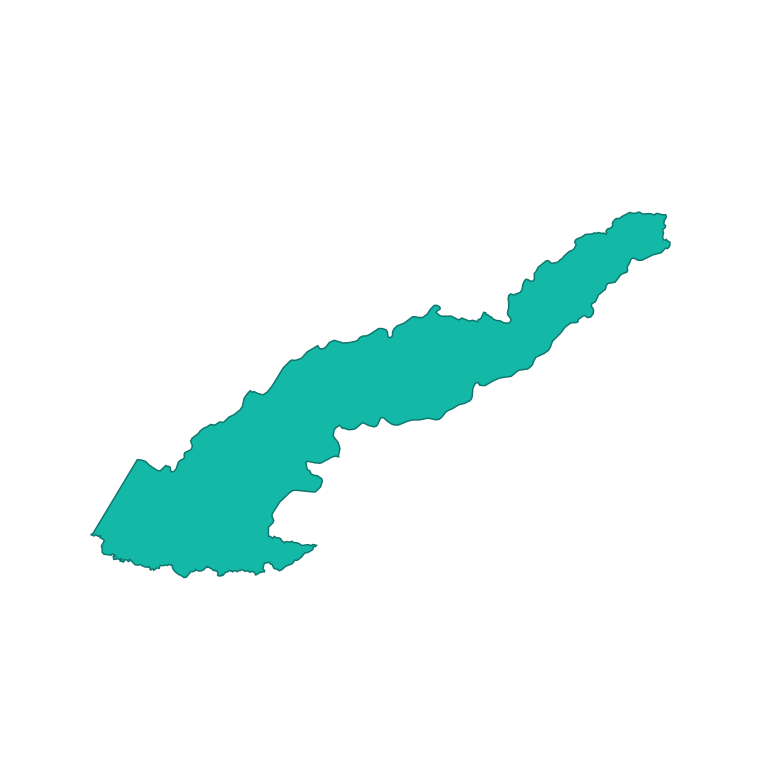 outline of São Paulo de Olivença, Amazonas, Brazil, rotated 212°
{"feature_id": "56859067B25364634126216", "entity_name": "São Paulo de Olivença", "entity_type": "district", "adm_level": 2, "iso_a3": "BRA", "parent_name": "Brazil", "parent_adm1": "Amazonas", "projection": "orthographic", "projection_center": [-69.469, -4.737], "detail": "fine", "context": "isolated", "style": "filled", "palette": "teal", "viewbox_px": 768, "rotation_deg": 212, "n_neighbors": 0, "source": "geoboundaries", "source_scale": "gbopen_adm2", "svg_char_len": 6142}
<svg xmlns="http://www.w3.org/2000/svg" viewBox="0 0 768 768"><g transform="rotate(212 384 384)"><path d="M551.6,102.8L552.6,101.4L552.4,100.9L549.2,101.6L548.8,103.4L545.5,103.4L543.9,105.0L543.4,103.2L540.7,103.5L538.1,103.0L537.8,96.9L535.1,94.2L534.0,92.1L532.1,91.4L531.4,91.2L524.8,94.2L524.7,95.5L523.5,96.1L520.8,95.9L522.3,95.0L522.3,94.3L520.5,92.2L519.7,92.3L518.2,93.6L518.0,94.6L515.8,94.9L513.9,96.8L513.4,96.4L514.4,94.6L514.0,94.0L512.8,94.4L512.8,94.9L510.8,94.7L510.4,96.2L511.1,97.3L508.9,98.5L506.9,98.0L506.2,98.5L507.1,100.2L506.5,100.6L499.4,98.8L496.4,100.1L495.7,101.5L490.1,102.1L487.1,103.5L486.2,104.6L485.0,104.0L484.1,102.7L483.0,102.9L482.3,104.6L481.6,104.9L480.5,104.0L479.0,107.8L477.0,108.5L477.6,111.1L477.2,112.0L475.3,112.6L473.5,114.6L471.5,115.3L470.6,117.2L468.2,117.5L467.9,118.1L465.0,115.3L461.5,114.1L457.2,113.6L455.4,114.1L451.1,113.9L449.3,115.4L448.3,122.6L446.5,123.7L445.1,125.8L444.9,126.4L445.4,126.9L442.0,127.2L439.7,128.9L438.3,131.4L437.6,135.1L436.8,134.8L435.1,136.0L433.8,135.6L432.0,136.1L430.3,135.4L428.9,135.9L428.7,136.6L427.7,136.3L426.8,137.0L424.0,135.2L423.9,133.8L422.2,133.7L421.4,134.2L420.3,136.2L419.8,135.6L419.2,136.4L418.6,140.4L417.0,141.8L416.2,144.4L415.0,144.0L414.5,144.6L412.9,144.5L411.8,146.7L409.1,147.0L408.5,148.8L407.1,149.4L406.7,150.7L405.1,151.5L402.6,151.5L401.1,153.2L397.9,153.3L396.9,154.9L395.6,155.5L394.0,155.4L391.5,154.1L389.9,157.1L389.8,158.5L388.5,158.9L387.3,160.6L385.9,161.2L386.3,162.4L388.9,163.3L390.5,168.5L386.9,171.9L384.7,171.1L383.4,171.7L379.8,169.4L378.2,169.5L376.4,170.5L374.1,170.0L372.5,171.8L370.6,177.7L366.9,182.5L366.3,184.7L366.6,187.2L364.2,188.5L363.4,190.2L362.3,193.4L361.7,198.6L359.3,200.7L357.2,204.7L356.6,206.2L357.4,207.6L357.4,209.0L356.1,209.6L355.8,211.4L359.3,210.2L360.2,208.3L363.2,207.6L368.1,203.5L371.4,203.7L374.5,202.9L375.9,201.9L379.0,201.7L379.9,200.1L382.7,199.0L384.0,197.9L384.3,196.4L388.1,197.1L389.5,198.0L391.0,198.0L394.1,196.6L396.5,196.5L396.6,194.1L399.7,194.5L401.3,193.6L406.1,201.3L404.7,207.3L405.1,209.7L409.2,212.8L410.0,214.9L409.9,228.6L406.5,241.8L405.4,244.3L404.4,245.8L402.5,247.2L386.3,255.2L384.9,256.4L383.3,262.9L384.6,268.5L385.6,269.9L387.0,270.7L392.3,270.8L394.6,269.6L398.1,269.1L400.9,271.0L403.5,270.8L406.2,273.1L407.4,275.0L408.6,275.5L408.4,277.1L407.5,278.1L400.5,280.7L396.5,282.8L395.3,284.0L389.0,295.1L386.6,297.3L383.8,298.2L384.9,299.6L387.2,306.0L391.9,310.0L399.5,312.9L401.8,318.1L401.7,320.9L399.9,325.5L395.7,324.4L394.6,325.2L389.5,326.6L385.7,329.6L384.3,331.5L382.5,337.7L381.2,340.2L375.4,340.6L369.7,342.4L368.1,344.4L367.9,345.8L368.8,353.5L367.3,354.8L365.8,355.1L361.7,354.2L356.2,354.1L353.9,354.6L351.2,356.1L349.8,357.2L344.8,364.3L341.1,368.4L335.3,372.1L328.4,378.5L321.4,381.0L318.5,383.3L317.4,386.6L316.8,392.6L315.7,395.3L312.6,399.9L309.6,406.1L305.3,410.4L302.3,415.5L302.0,417.8L302.5,419.9L306.5,427.7L306.9,433.1L305.1,435.1L302.1,433.7L297.5,436.1L293.3,444.2L289.1,450.4L280.2,457.9L277.5,466.1L276.5,467.5L270.5,472.6L269.3,474.6L268.3,478.9L269.2,482.9L269.4,487.2L264.5,494.6L262.4,499.6L262.5,503.6L263.8,509.6L261.2,520.7L260.6,528.1L258.2,534.2L257.0,535.6L253.3,538.1L252.5,539.8L253.6,541.2L251.2,547.2L250.2,548.5L246.7,548.1L244.2,550.3L243.9,554.6L245.2,557.4L247.0,558.9L249.5,559.9L250.3,562.2L248.3,565.8L249.3,573.3L246.5,581.5L247.7,585.7L247.4,587.9L242.0,592.7L241.1,602.0L240.4,603.6L237.4,607.4L237.5,609.3L239.9,612.3L239.8,616.4L240.6,619.7L240.3,621.8L239.2,623.0L234.1,623.6L230.9,625.6L224.3,636.1L218.5,642.2L217.6,647.2L217.0,648.6L215.4,649.0L214.9,650.5L214.9,652.7L216.6,655.8L219.9,655.6L221.2,656.3L221.8,655.0L223.5,654.4L224.8,655.4L225.9,656.9L226.9,660.1L229.5,662.5L228.4,665.8L229.2,667.5L230.7,667.7L232.0,668.7L233.1,671.9L232.8,673.7L233.5,676.0L234.9,676.8L237.6,675.0L242.5,673.6L243.7,672.5L244.1,670.8L248.9,669.4L254.9,665.1L257.8,665.2L259.4,664.6L260.3,663.0L262.7,660.9L266.5,659.7L271.1,652.0L271.5,650.2L272.5,648.8L274.5,647.6L275.2,646.3L275.8,642.8L275.3,641.0L274.2,640.0L273.9,638.5L274.7,635.7L276.3,634.6L276.8,632.4L276.5,631.0L275.2,630.3L275.1,628.6L276.8,628.8L279.5,627.0L282.7,626.0L283.5,624.4L285.2,624.0L287.5,621.2L292.5,617.6L294.1,613.6L297.6,608.7L297.9,607.1L297.2,605.0L294.9,604.2L294.4,600.5L294.7,597.9L297.2,594.5L299.2,587.4L299.3,584.8L300.5,582.6L300.9,580.1L301.9,578.7L305.3,575.5L307.0,574.9L308.5,575.7L310.8,575.3L311.8,574.2L315.1,564.7L314.7,559.9L315.1,557.3L312.2,553.0L312.1,550.8L312.9,549.5L314.9,548.7L316.9,548.8L319.1,548.1L319.6,545.6L319.0,542.2L317.0,537.1L317.0,533.9L321.2,528.4L324.4,527.4L325.1,525.1L323.6,521.6L322.1,520.1L318.9,515.1L316.9,509.5L315.6,508.2L311.1,506.6L309.8,504.8L310.3,501.9L314.6,499.4L319.3,499.1L321.3,497.8L325.0,496.9L329.2,497.7L330.5,497.1L332.7,497.8L334.2,497.1L335.6,498.3L337.4,497.6L336.6,491.1L337.0,489.7L338.2,488.7L337.6,486.5L342.6,485.0L345.1,482.5L352.9,481.2L354.6,477.9L362.9,477.2L370.5,472.3L372.7,471.6L377.7,472.2L377.8,473.7L376.1,477.5L377.8,479.0L381.3,478.6L383.1,477.1L384.3,471.8L384.4,466.1L386.4,460.9L390.0,458.7L394.1,457.1L395.5,455.9L399.1,446.4L403.7,440.2L404.7,436.1L404.4,433.1L402.4,429.1L403.2,426.4L405.6,426.2L408.8,430.0L411.1,431.0L414.7,430.2L418.0,428.1L422.4,418.4L424.4,415.5L427.3,413.5L429.1,410.7L429.6,407.2L430.5,405.4L435.4,400.7L440.3,397.1L449.4,394.7L452.3,390.4L453.0,383.8L455.4,380.6L457.6,380.0L460.5,381.4L466.1,370.7L467.6,362.2L471.0,357.8L472.8,356.3L474.3,355.9L475.7,354.3L478.0,344.3L477.8,323.3L478.8,315.0L480.9,310.7L485.4,309.2L490.2,308.7L490.8,307.4L493.9,307.4L494.9,302.3L495.0,297.6L492.2,290.0L492.4,285.4L495.2,278.0L497.9,273.9L499.8,266.3L502.7,265.0L503.7,264.0L505.5,259.6L509.6,257.8L511.5,253.7L513.4,251.2L515.1,246.6L515.2,243.6L518.0,236.3L517.7,233.1L513.8,230.1L512.9,227.2L513.2,225.5L516.6,220.2L516.2,218.4L514.4,216.1L514.4,214.2L516.3,211.4L516.9,208.6L515.3,201.8L515.8,198.7L517.0,197.2L518.8,197.2L521.0,199.9L522.6,200.2L524.0,199.4L525.8,199.3L527.9,191.6L530.7,190.5L540.1,190.8L545.1,192.0L549.3,191.0L553.1,189.1L551.6,102.8Z" fill="#14b8a6" stroke="#0f766e" stroke-width="1.5"/></g></svg>